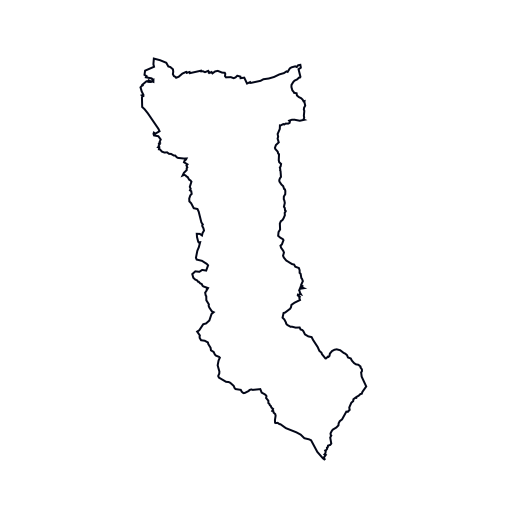 outline of Barbatesti, Vâlcea, Romania, rotated 169°
{"feature_id": "2599482B91105393466893", "entity_name": "Barbatesti", "entity_type": "district", "adm_level": 2, "iso_a3": "ROU", "parent_name": "Romania", "parent_adm1": "Vâlcea", "projection": "mercator", "projection_center": [24.104, 45.179], "detail": "fine", "context": "isolated", "style": "outline", "palette": "ink", "viewbox_px": 512, "rotation_deg": 169, "n_neighbors": 0, "source": "geoboundaries", "source_scale": "gbopen_adm2", "svg_char_len": 6110}
<svg xmlns="http://www.w3.org/2000/svg" viewBox="0 0 512 512"><g transform="rotate(169 256 256)"><path d="M318.6,469.3L320.1,463.9L320.0,461.2L329.5,459.1L330.9,455.1L329.1,453.4L329.9,452.4L324.6,450.3L324.2,449.8L324.2,448.7L323.0,448.8L323.5,446.5L324.7,447.2L325.7,446.9L326.6,448.0L327.0,447.1L328.5,447.5L328.4,448.1L328.1,448.1L328.2,448.6L328.6,448.2L330.2,448.4L334.9,445.8L334.7,445.1L335.5,444.9L337.2,443.6L336.8,439.4L335.8,435.7L337.4,435.5L336.6,434.4L337.2,434.3L337.7,433.4L339.3,424.0L337.4,421.4L335.0,416.8L327.5,399.4L326.9,396.9L331.4,395.3L332.7,396.6L333.3,395.5L333.1,393.8L329.0,392.2L327.3,388.6L329.0,386.1L328.6,385.3L329.7,384.8L329.3,384.1L330.3,383.3L330.4,382.3L331.3,381.5L330.2,381.1L330.9,379.3L330.0,379.0L328.4,376.4L326.1,375.0L323.5,374.7L321.9,372.9L319.9,372.4L317.5,370.3L316.1,370.0L315.0,368.1L313.9,367.2L308.1,365.4L305.6,365.0L306.4,364.0L307.9,363.2L308.8,361.8L305.8,359.0L307.0,358.0L306.5,356.1L307.3,355.4L307.6,353.6L310.9,351.4L312.7,349.0L310.9,349.4L309.6,348.3L309.0,347.2L308.1,346.7L307.0,343.6L306.0,342.8L305.2,341.3L307.8,336.5L307.3,334.4L308.3,333.1L307.2,332.0L307.3,329.2L308.9,328.1L310.6,325.1L311.0,322.3L309.6,320.2L308.0,314.8L304.5,313.3L303.8,310.4L303.2,299.3L302.2,297.1L302.9,296.5L303.0,295.6L302.3,293.2L302.2,290.9L304.1,288.7L305.1,286.5L306.9,288.4L309.9,289.1L310.3,285.8L310.0,281.1L309.7,280.3L308.2,280.2L310.4,275.6L312.6,272.3L315.3,265.7L314.9,263.8L310.0,261.6L305.8,257.6L304.8,256.0L307.7,251.2L311.5,252.6L314.6,251.3L318.5,252.5L322.0,250.4L321.7,246.6L320.2,244.5L318.5,243.3L317.7,241.7L317.1,241.6L316.0,239.8L314.6,238.8L314.2,237.1L313.5,236.2L309.2,233.7L310.0,232.8L310.7,232.7L310.9,231.7L312.9,229.7L312.9,226.9L312.5,226.0L313.2,222.0L311.5,217.5L312.0,216.2L311.7,214.4L309.9,210.1L308.3,208.9L310.7,207.6L314.1,201.6L317.9,199.3L320.8,199.1L325.9,193.9L328.2,193.0L326.3,188.8L326.8,187.5L326.9,186.3L326.0,183.8L322.5,182.6L319.7,180.3L319.6,178.5L318.1,174.6L318.2,172.0L315.9,169.9L315.2,167.2L314.4,165.9L311.5,164.0L310.9,163.1L312.7,160.5L314.5,156.0L314.0,149.5L314.5,147.6L316.0,145.4L315.6,143.7L309.4,138.2L306.9,137.5L305.5,136.5L302.7,132.8L302.2,130.4L301.5,129.3L296.5,127.5L295.9,125.5L294.5,123.8L293.2,123.7L288.9,124.9L288.0,125.7L286.1,125.9L284.8,125.2L277.2,124.5L276.5,120.8L273.8,118.6L272.6,117.0L272.5,116.3L273.2,114.7L271.5,111.6L271.9,109.3L271.0,108.0L270.9,106.9L270.1,106.0L269.8,104.3L268.4,102.6L269.6,100.9L268.6,100.5L268.6,98.9L267.3,97.2L267.2,95.5L268.7,91.4L269.1,88.7L268.4,88.2L266.6,88.1L265.1,86.5L264.1,86.2L259.5,81.3L250.0,75.2L246.2,72.1L243.3,67.9L238.9,65.9L237.1,64.6L233.2,52.0L228.9,44.6L227.2,42.7L227.8,45.3L225.5,47.4L226.6,48.2L225.6,49.0L224.9,50.7L225.2,51.8L224.4,51.9L222.9,53.2L222.9,54.3L222.0,54.7L221.5,56.1L219.2,56.4L217.9,57.5L217.8,63.6L216.4,65.4L216.8,65.9L216.7,67.6L215.2,69.6L213.8,70.9L209.9,72.3L207.4,74.0L206.8,76.0L205.3,77.9L202.7,79.2L197.0,86.0L195.6,85.5L194.6,86.5L194.1,86.5L193.4,87.1L193.4,89.3L192.9,90.2L190.4,93.8L188.3,95.0L187.7,96.8L185.7,97.8L184.7,97.6L184.5,98.4L181.8,99.3L179.8,100.6L178.5,100.6L177.4,102.4L172.7,106.9L175.3,117.4L175.0,121.7L174.1,122.5L173.7,123.9L173.9,125.1L174.7,126.6L174.5,127.6L176.3,129.7L178.6,130.6L180.2,132.2L181.9,135.1L182.5,137.3L185.1,138.9L185.6,141.3L187.0,143.1L188.5,144.2L191.3,147.4L194.6,149.0L196.9,149.0L199.5,148.2L202.1,146.1L202.9,144.0L204.1,143.1L204.6,143.5L206.8,142.1L207.4,142.2L210.0,147.1L210.2,148.6L211.9,150.8L212.8,154.8L216.0,162.7L216.9,165.8L220.0,167.1L222.9,169.7L223.9,173.3L224.7,174.5L226.3,175.4L226.8,177.5L230.7,178.1L234.3,179.8L235.5,179.9L238.4,182.3L239.3,183.8L239.3,185.0L240.3,188.3L241.7,190.4L239.8,194.8L238.3,194.9L232.6,197.7L231.5,198.9L230.5,201.3L227.1,202.8L221.2,204.4L221.5,206.7L220.8,207.5L222.5,209.3L222.2,210.1L221.3,209.7L220.1,210.3L219.2,209.8L219.9,211.8L219.9,213.1L220.2,214.0L218.8,216.1L218.3,215.4L215.3,215.3L216.9,216.4L217.5,217.4L216.3,217.8L217.3,218.9L214.8,222.4L215.2,224.8L215.7,225.7L215.6,230.0L216.4,231.1L215.9,233.7L216.2,236.0L219.5,238.0L220.2,240.3L222.2,241.2L227.2,245.8L229.0,249.2L229.4,251.1L227.9,254.1L228.3,256.0L229.8,259.3L230.0,261.5L228.4,262.4L226.0,266.3L226.4,267.4L228.8,269.5L230.4,271.6L229.3,275.2L227.3,277.4L226.4,283.3L225.0,285.4L223.2,286.2L221.8,287.7L219.9,290.5L219.6,292.9L218.3,294.2L218.3,294.8L218.8,295.2L218.6,297.7L219.2,299.0L217.6,302.6L217.6,305.0L217.9,306.5L217.3,309.1L215.5,311.1L214.8,314.2L214.9,315.9L215.6,316.4L216.0,319.4L217.4,321.3L218.8,324.6L218.7,326.0L217.7,327.7L216.4,328.9L215.7,334.7L216.0,335.6L215.6,336.5L215.7,338.4L214.8,339.1L213.8,341.6L215.3,343.6L215.4,345.6L214.0,351.5L214.7,352.4L214.8,354.3L216.6,357.3L216.8,358.5L215.3,361.1L212.0,363.2L212.4,367.1L211.5,368.9L211.5,371.6L208.4,376.2L207.6,379.6L207.1,379.4L204.0,380.3L203.3,379.7L201.7,380.3L199.1,379.8L197.6,380.3L197.1,381.5L197.6,382.5L194.9,382.9L192.4,382.5L187.2,380.4L182.6,380.5L183.3,381.0L182.3,382.6L182.3,384.4L180.9,389.2L181.1,390.6L180.5,392.4L179.0,394.2L179.1,397.9L178.8,398.8L179.8,398.7L180.4,400.6L181.6,402.3L183.6,403.8L185.2,405.8L185.1,408.0L187.5,408.9L187.7,409.9L188.7,411.6L189.0,415.1L188.5,417.2L186.2,419.7L184.7,420.8L181.9,421.5L179.8,422.9L178.8,422.8L178.2,423.4L178.6,431.3L176.3,432.1L176.0,432.6L176.0,435.2L178.2,435.2L179.1,434.6L179.3,434.0L180.1,433.8L181.3,434.7L185.2,434.4L187.0,433.7L189.8,430.7L190.8,431.4L193.7,430.2L198.4,429.8L204.1,428.3L209.6,427.8L215.0,428.1L218.1,427.1L227.6,426.9L228.6,427.0L228.7,427.8L231.9,427.0L233.5,433.3L237.2,433.5L237.1,435.1L240.0,436.5L242.0,435.2L244.0,434.8L246.6,436.4L251.4,437.1L252.1,438.5L251.4,440.7L251.7,441.8L254.3,442.5L258.2,445.0L260.9,445.0L263.9,443.6L264.5,445.0L265.4,444.6L266.1,445.1L267.9,444.2L267.0,445.1L267.5,446.6L266.7,447.0L271.0,446.2L272.9,447.5L274.6,447.7L274.6,448.4L286.0,448.1L286.1,449.3L289.0,449.0L289.2,450.0L289.7,450.0L293.5,449.1L297.7,446.7L300.4,446.2L300.7,447.0L302.3,448.3L302.9,450.4L302.1,452.6L301.9,455.1L304.0,457.8L305.9,458.8L307.2,462.8L312.8,466.5L318.6,469.3Z" fill="none" stroke="#020617" stroke-width="2"/></g></svg>